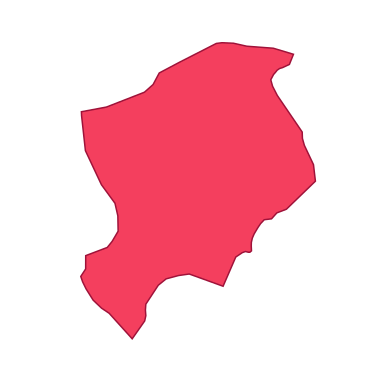 SVG path tracing the border of Novo Mesto, rotated 188°
{"feature_id": "SVN-212", "entity_name": "Novo Mesto", "entity_type": "Municipality", "adm_level": 1, "iso_a3": "SVN", "parent_name": "Slovenia", "parent_adm1": "", "projection": "orthographic", "projection_center": [15.192, 45.803], "detail": "fine", "context": "isolated", "style": "filled", "palette": "rose", "viewbox_px": 384, "rotation_deg": 188, "n_neighbors": 0, "source": "natural_earth", "source_scale": "10m", "svg_char_len": 1005}
<svg xmlns="http://www.w3.org/2000/svg" viewBox="0 0 384 384"><g transform="rotate(188 192 192)"><path d="M312.7,256.1L288.6,264.2L253.0,284.2L245.5,293.0L241.0,305.3L240.2,305.9L221.7,319.3L188.6,342.5L183.1,344.0L171.6,345.1L158.0,344.0L131.5,345.7L110.7,342.5L113.3,331.9L119.6,327.8L122.4,326.5L124.6,324.5L126.0,322.1L127.6,319.7L129.6,314.1L126.9,307.9L120.9,299.4L91.2,266.7L90.1,260.4L87.2,253.8L75.5,236.0L71.3,219.9L96.1,188.1L105.1,183.1L109.5,176.5L116.6,174.6L119.7,170.2L121.8,165.9L124.6,159.2L125.8,154.9L126.2,150.4L125.8,146.8L124.9,142.0L126.3,140.4L127.9,140.2L130.8,140.5L133.8,138.9L139.6,133.7L148.1,103.0L183.3,110.4L193.7,107.4L205.5,102.4L212.4,95.0L222.1,74.5L221.7,68.6L220.5,63.1L220.9,57.7L230.8,38.3L257.2,60.4L265.3,64.3L274.8,71.1L283.4,81.3L287.8,87.8L290.4,92.9L286.6,101.0L288.4,114.2L268.2,125.3L264.2,132.0L259.7,142.9L262.1,158.0L266.7,170.1L282.7,186.6L303.3,218.1L312.0,252.3L312.6,255.6L312.7,256.1Z" fill="#f43f5e" stroke="#9f1239" stroke-width="1.5"/></g></svg>